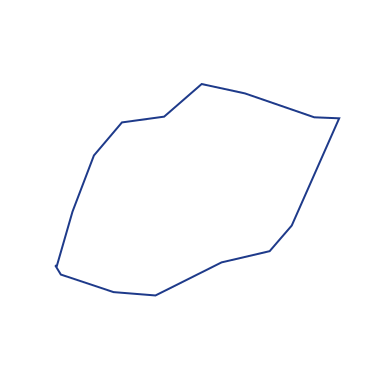 the district of Partille, Västra Götaland, Sweden, rotated 29°
{"feature_id": "70781695B82968096890663", "entity_name": "Partille", "entity_type": "district", "adm_level": 2, "iso_a3": "SWE", "parent_name": "Sweden", "parent_adm1": "Västra Götaland", "projection": "orthographic", "projection_center": [12.147, 57.742], "detail": "fine", "context": "isolated", "style": "outline", "palette": "blue", "viewbox_px": 384, "rotation_deg": 29, "n_neighbors": 0, "source": "geoboundaries", "source_scale": "gbopen_adm2", "svg_char_len": 386}
<svg xmlns="http://www.w3.org/2000/svg" viewBox="0 0 384 384"><g transform="rotate(29 192 192)"><path d="M107.9,322.5L108.4,322.7L117.3,327.8L171.9,317.6L210.2,300.2L252.0,239.2L288.6,206.1L292.0,189.7L295.5,173.0L285.0,56.2L262.7,67.4L190.5,80.1L148.1,92.9L131.1,139.6L97.0,165.1L88.5,207.6L97.0,267.1L109.7,322.5L107.9,322.5Z" fill="none" stroke="#1e3a8a" stroke-width="2"/></g></svg>